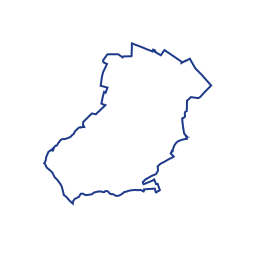 outline of Valea Lui Mihai, Bihor, Romania, rotated 224°
{"feature_id": "2599482B32986385447042", "entity_name": "Valea Lui Mihai", "entity_type": "district", "adm_level": 2, "iso_a3": "ROU", "parent_name": "Romania", "parent_adm1": "Bihor", "projection": "robinson", "projection_center": [22.134, 47.533], "detail": "fine", "context": "isolated", "style": "outline", "palette": "blue", "viewbox_px": 256, "rotation_deg": 224, "n_neighbors": 0, "source": "geoboundaries", "source_scale": "gbopen_adm2", "svg_char_len": 4274}
<svg xmlns="http://www.w3.org/2000/svg" viewBox="0 0 256 256"><g transform="rotate(224 128 128)"><path d="M192.0,158.5L191.6,158.5L191.1,158.4L190.4,158.5L189.3,158.8L187.6,159.5L187.2,158.4L184.8,151.2L183.6,148.9L181.9,146.1L181.2,145.2L177.0,139.4L170.8,142.8L168.6,137.8L170.3,137.4L167.8,132.9L166.3,130.6L164.1,127.0L163.8,127.1L163.4,127.3L163.2,127.4L162.9,127.5L161.8,127.9L161.5,128.1L160.1,128.7L160.2,126.5L160.2,126.4L160.3,124.6L160.4,123.2L160.4,121.0L160.4,120.7L160.5,119.5L160.7,117.1L160.6,115.6L160.8,115.5L164.1,113.3L164.4,101.1L163.3,100.0L163.1,99.7L162.5,98.9L162.0,98.8L161.8,98.7L160.2,98.2L160.9,97.6L161.6,96.9L162.0,96.0L162.2,95.6L162.5,95.6L162.8,95.5L163.6,94.2L163.8,90.7L163.8,88.6L163.0,86.2L163.0,85.6L163.3,83.5L163.1,82.2L164.0,79.5L165.7,76.2L167.4,74.5L167.9,73.6L168.1,71.7L167.7,69.9L167.8,69.0L167.4,67.4L167.2,67.0L167.1,65.9L167.1,65.7L167.8,65.0L167.7,61.7L167.2,61.7L166.9,61.2L167.0,60.8L167.3,60.7L166.6,60.2L166.3,59.5L166.4,59.3L168.0,59.1L168.5,56.3L168.6,55.1L167.2,52.0L167.1,51.5L166.6,50.1L166.2,49.7L164.9,47.9L164.0,45.8L163.9,44.9L163.8,44.4L163.4,44.4L162.8,44.4L161.9,44.3L160.3,43.5L159.3,43.3L158.4,43.1L155.8,43.3L154.1,43.4L151.4,43.4L148.8,42.4L146.7,41.7L143.2,41.6L141.6,41.4L140.8,41.3L138.5,40.9L135.2,40.0L133.9,39.2L132.6,38.4L130.1,36.9L127.9,35.3L124.5,35.6L123.4,35.5L120.1,35.2L117.4,35.2L115.2,35.3L115.7,35.9L116.4,36.5L117.0,39.4L117.0,40.2L116.4,41.7L116.1,42.7L115.5,44.3L116.0,46.6L116.3,47.8L114.9,49.4L114.0,49.7L112.6,50.0L111.7,50.4L111.2,51.0L110.2,52.3L109.7,52.8L109.6,53.0L108.0,55.2L107.8,56.3L107.8,56.7L107.8,57.1L107.6,58.0L106.2,60.3L104.7,62.4L103.9,62.9L103.3,63.7L102.1,64.2L101.4,64.5L100.5,65.6L100.5,66.9L99.4,67.9L98.0,68.5L96.1,68.2L94.8,68.4L94.0,68.9L93.6,69.3L92.6,70.1L90.5,70.5L88.9,71.3L87.6,73.0L87.3,73.8L86.6,76.0L86.3,77.9L86.3,78.8L86.0,79.7L84.9,81.2L84.1,83.0L83.0,84.6L82.1,85.8L81.5,86.5L80.1,88.2L77.7,90.1L75.9,92.2L74.6,92.6L73.7,92.9L72.6,93.2L72.6,93.3L73.2,94.2L73.3,94.4L73.8,95.0L72.8,96.1L72.0,97.1L68.6,100.8L66.7,103.0L66.3,102.8L65.0,102.0L64.1,101.5L63.2,101.1L62.8,101.4L62.7,103.1L62.6,103.4L62.3,103.7L62.1,104.1L62.2,104.3L62.2,104.5L62.0,105.5L66.3,107.6L67.8,108.4L68.7,107.1L73.5,109.2L73.7,108.8L73.7,108.5L73.7,108.2L73.6,107.7L74.0,106.8L77.6,98.6L77.8,98.4L77.9,98.5L78.9,98.9L79.8,99.4L79.7,101.5L79.7,103.2L78.8,106.2L77.8,109.7L77.7,109.9L76.0,113.9L75.9,114.6L76.1,115.5L76.3,116.1L76.4,116.6L76.5,117.3L76.8,118.0L77.3,118.6L77.8,119.1L78.7,119.9L79.1,120.2L79.5,120.6L79.8,121.1L80.0,121.1L80.0,121.7L79.9,122.7L79.8,123.2L79.9,123.6L79.6,125.5L78.9,127.4L78.4,128.8L77.3,132.8L76.0,136.7L75.2,138.9L75.2,139.2L79.6,139.4L79.6,139.6L80.1,140.3L79.9,140.8L80.0,141.3L79.9,141.7L79.8,142.1L80.0,142.2L80.3,142.3L80.2,142.4L80.0,142.5L80.7,143.0L80.7,143.4L81.2,144.5L82.5,147.5L83.0,150.2L83.0,151.5L82.9,152.7L82.1,154.9L80.7,157.5L79.9,158.8L78.5,160.6L78.4,160.7L78.3,160.8L78.1,161.0L78.6,161.5L79.2,161.8L79.9,162.1L80.8,162.4L80.1,162.8L80.7,162.8L81.3,162.8L81.8,162.9L82.4,163.0L82.9,163.0L83.4,163.0L83.7,163.0L85.8,164.5L88.3,166.4L89.8,167.5L90.0,167.7L94.7,171.6L95.4,172.3L95.2,172.5L95.6,173.0L94.9,174.6L94.8,175.4L95.3,176.2L96.4,177.1L97.3,177.9L97.7,178.6L97.9,179.2L98.0,179.7L97.6,180.8L97.5,181.0L98.6,182.2L103.8,187.9L104.5,188.5L104.6,188.9L104.4,189.6L104.3,190.2L104.2,193.9L101.5,195.9L99.3,197.5L98.5,198.1L98.3,198.3L97.8,199.5L97.7,200.0L97.6,201.3L97.7,203.3L97.8,207.3L97.7,216.3L106.1,217.0L109.7,217.3L112.2,217.5L114.3,217.5L116.4,217.6L118.0,217.6L120.0,217.6L121.6,217.9L122.2,218.0L124.2,218.6L125.6,219.0L126.3,219.2L126.6,219.3L128.8,219.9L131.7,220.8L133.0,216.3L133.4,216.4L134.7,212.0L135.4,212.9L155.9,209.4L154.9,203.3L154.9,203.1L160.3,201.8L160.4,202.0L162.1,201.6L162.5,202.5L164.3,201.9L164.1,201.5L164.1,200.8L163.9,200.7L163.5,200.1L163.8,200.0L163.9,199.9L164.1,199.9L164.8,199.6L166.6,198.8L169.2,197.7L170.5,197.2L172.0,196.6L172.4,196.5L177.6,194.3L180.8,192.9L183.9,191.6L182.9,190.4L180.7,188.1L180.0,187.3L179.2,186.5L178.3,185.3L177.8,184.8L177.0,183.9L175.9,182.9L175.6,182.4L175.4,182.0L181.1,176.2L180.9,175.1L186.3,174.2L189.8,170.8L194.0,166.7L193.5,163.2L193.0,159.7L192.5,159.0L192.4,158.8L192.0,158.5Z" fill="none" stroke="#1e3a8a" stroke-width="2"/></g></svg>